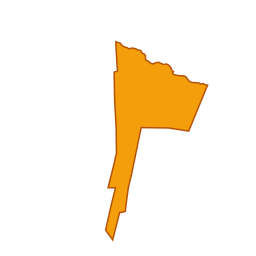 outline of Embakasi South, Nairobi, Kenya, rotated 47°
{"feature_id": "3690345B30654338580609", "entity_name": "Embakasi South", "entity_type": "district", "adm_level": 2, "iso_a3": "KEN", "parent_name": "Kenya", "parent_adm1": "Nairobi", "projection": "equal_earth", "projection_center": [36.875, -1.338], "detail": "fine", "context": "isolated", "style": "filled", "palette": "amber", "viewbox_px": 256, "rotation_deg": 47, "n_neighbors": 0, "source": "geoboundaries", "source_scale": "gbopen_adm2", "svg_char_len": 1116}
<svg xmlns="http://www.w3.org/2000/svg" viewBox="0 0 256 256"><g transform="rotate(47 128 128)"><path d="M150.9,40.5L149.1,42.1L147.0,42.6L145.3,44.8L143.2,45.6L141.0,47.7L138.4,50.1L137.0,50.9L134.9,51.3L132.6,51.1L131.1,50.8L128.9,51.0L126.7,52.8L124.5,55.0L122.0,56.9L119.9,58.1L118.4,58.3L117.9,56.3L115.6,56.6L113.3,55.5L111.4,55.3L109.5,55.4L107.3,56.3L106.0,58.5L103.1,59.9L100.9,60.7L99.6,62.4L98.0,66.3L96.0,67.3L92.8,67.6L90.7,68.7L88.8,67.7L87.2,65.9L85.0,65.7L82.9,66.6L80.0,65.8L78.2,67.3L76.6,67.8L74.4,68.9L72.2,70.6L70.8,73.3L68.5,73.9L66.5,75.2L64.1,76.1L62.3,75.9L60.8,75.8L58.8,77.0L56.6,78.1L60.2,81.2L74.5,93.1L76.6,94.8L79.2,96.8L77.7,100.1L98.0,118.3L120.5,137.2L136.1,151.4L138.5,153.5L140.2,156.2L141.3,157.8L142.9,159.9L152.7,175.0L158.1,183.3L163.1,177.9L165.0,180.7L173.3,193.4L177.3,199.3L187.5,214.1L199.4,215.5L184.1,191.8L185.7,189.8L187.1,186.8L181.7,180.4L176.3,173.9L172.1,168.8L168.9,164.0L164.6,157.4L161.6,153.2L143.9,128.3L136.7,118.1L150.2,104.0L155.3,98.6L169.1,87.7L171.7,85.7L170.5,83.2L163.8,68.6L150.9,40.5Z" fill="#f59e0b" stroke="#b45309" stroke-width="1.5"/></g></svg>